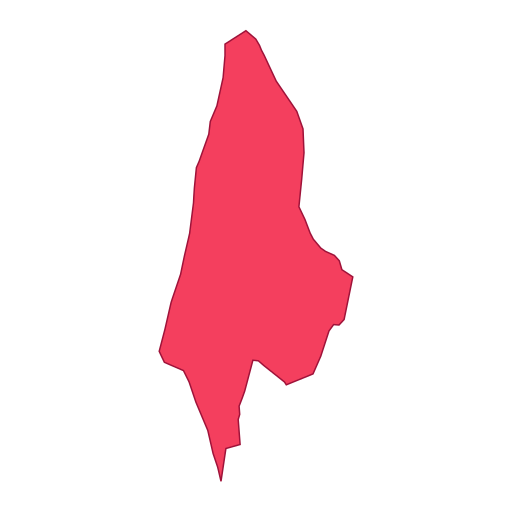 outline of Efon, Ekiti, Nigeria
{"feature_id": "59680162B55690925628014", "entity_name": "Efon", "entity_type": "district", "adm_level": 2, "iso_a3": "NGA", "parent_name": "Nigeria", "parent_adm1": "Ekiti", "projection": "equal_earth", "projection_center": [4.932, 7.679], "detail": "fine", "context": "isolated", "style": "filled", "palette": "rose", "viewbox_px": 512, "rotation_deg": 0, "n_neighbors": 0, "source": "geoboundaries", "source_scale": "gbopen_adm2", "svg_char_len": 1020}
<svg xmlns="http://www.w3.org/2000/svg" viewBox="0 0 512 512"><path d="M188.8,237.1L184.5,255.6L182.5,265.1L180.6,274.3L172.4,298.5L171.1,302.5L164.9,329.5L159.2,351.3L161.1,355.4L164.4,362.3L183.5,370.6L188.7,381.1L189.2,382.2L195.9,402.1L207.8,430.4L213.1,453.5L217.6,466.9L218.4,470.1L221.0,481.3L225.9,448.5L240.1,444.5L238.2,419.5L239.7,414.4L239.1,406.1L242.2,398.1L244.7,391.1L252.9,360.2L258.4,360.8L263.8,365.5L284.5,382.0L286.3,384.8L313.0,373.9L320.8,356.1L329.0,330.9L333.6,324.6L339.0,325.0L344.1,319.5L352.8,276.9L341.9,269.7L339.3,260.8L334.4,255.4L325.5,251.4L320.8,248.1L313.3,239.2L310.1,233.0L305.0,219.6L298.9,206.8L301.7,179.1L304.0,152.8L303.0,128.9L296.8,111.4L287.5,97.7L276.2,81.1L268.9,65.5L264.2,55.4L261.5,50.3L259.5,45.4L255.8,39.1L245.9,30.7L225.0,44.1L225.0,55.8L224.3,63.7L223.1,77.7L216.9,105.9L210.3,121.5L208.8,134.2L202.7,151.3L199.2,161.2L196.4,167.6L194.4,187.8L193.9,195.6L193.5,202.9L189.9,231.3L189.7,233.1L188.8,237.1Z" fill="#f43f5e" stroke="#9f1239" stroke-width="1.5"/></svg>